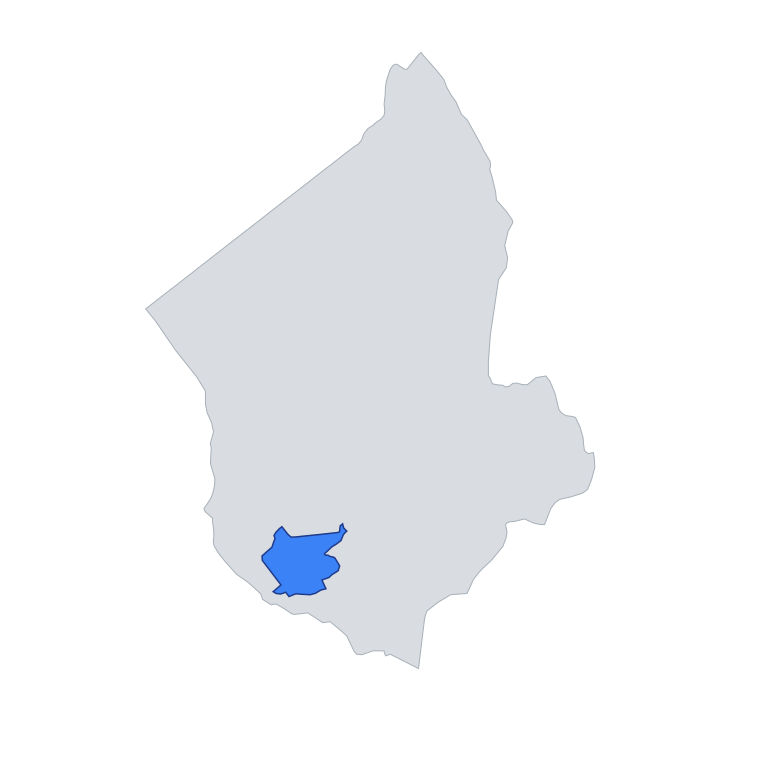 Napak on a map of Uganda (Albers equal-area conic projection), rotated 142°
{"feature_id": "UGA-5615", "entity_name": "Napak", "entity_type": "District", "adm_level": 1, "iso_a3": "UGA", "parent_name": "Uganda", "parent_adm1": "", "projection": "albers", "projection_center": [34.172, 2.394], "detail": "fine", "context": "in_parent", "style": "filled", "palette": "blue", "viewbox_px": 768, "rotation_deg": 142, "n_neighbors": 0, "source": "natural_earth", "source_scale": "10m", "svg_char_len": 2993}
<svg xmlns="http://www.w3.org/2000/svg" viewBox="0 0 768 768"><g transform="rotate(142 384 384)"><path d="M525.6,589.9L516.1,589.9L500.7,589.9L485.3,589.8L469.9,589.8L454.5,589.8L439.1,589.8L423.7,589.8L408.3,589.8L392.9,589.7L377.5,589.7L362.1,589.7L346.7,589.7L331.3,589.6L315.9,589.6L300.5,589.6L285.1,589.5L269.7,589.5L260.6,589.4L258.7,589.2L257.5,588.8L251.7,589.9L245.6,593.7L239.2,595.2L232.4,594.6L231.5,595.0L228.1,594.9L223.1,594.6L218.6,595.6L215.1,598.9L211.6,604.5L205.2,611.0L200.3,616.8L196.1,620.9L186.4,627.6L181.2,629.5L178.5,629.2L177.0,628.0L174.0,619.3L172.1,617.9L153.4,622.3L150.6,622.4L150.8,619.7L149.5,599.4L149.4,586.9L151.9,579.1L153.3,570.2L153.5,562.3L157.0,548.8L155.8,540.7L160.3,512.4L161.5,507.8L163.3,494.1L166.1,489.9L168.5,488.2L171.7,479.9L177.9,466.5L182.2,459.6L181.3,444.4L182.0,434.2L183.0,431.9L192.0,428.1L203.8,418.6L208.8,407.5L215.8,400.4L229.4,395.8L269.7,357.5L288.4,336.9L296.6,326.3L296.9,322.5L298.5,317.5L295.2,313.6L291.3,310.0L290.0,306.8L286.7,305.1L281.9,305.2L278.7,302.8L275.1,298.1L271.5,295.2L260.2,295.4L251.4,290.6L251.5,284.2L255.0,271.4L261.7,256.8L262.1,252.8L261.1,249.3L259.5,246.4L256.5,243.4L253.7,239.9L256.0,229.4L260.2,219.1L263.6,214.0L267.0,208.2L266.1,203.5L261.2,201.1L263.7,196.5L269.0,188.7L279.3,180.9L288.3,175.7L294.3,175.7L306.0,179.9L316.6,184.9L322.4,185.1L329.4,183.1L344.0,174.4L347.5,177.1L351.8,182.5L356.4,191.2L365.6,195.3L370.0,198.1L373.2,198.9L374.9,198.2L378.4,191.3L382.6,187.5L390.4,182.8L407.6,179.0L419.9,177.9L425.1,177.1L433.8,174.9L447.5,167.8L461.1,176.9L475.7,178.7L490.0,178.7L494.3,175.9L496.8,173.8L511.8,158.8L532.0,138.5L545.4,167.1L550.1,168.8L549.4,171.3L548.3,173.7L557.1,180.6L568.0,184.2L571.8,187.7L572.2,191.5L568.5,208.3L569.2,213.1L572.7,229.8L579.2,233.6L584.9,250.5L596.5,257.6L598.2,259.7L600.8,267.9L604.4,276.8L607.2,278.9L608.9,279.5L612.3,289.0L610.3,294.3L613.0,310.5L617.4,325.0L618.5,342.4L618.6,350.0L618.4,354.7L617.5,361.3L615.4,365.1L611.7,368.8L607.6,374.6L604.0,380.9L601.8,384.0L603.5,393.3L603.1,395.8L602.1,397.0L596.9,398.4L590.2,400.9L586.1,403.4L580.3,408.1L575.7,413.3L569.6,428.4L559.3,440.2L557.6,444.0L547.9,451.1L543.7,459.7L541.0,470.3L537.2,477.9L529.1,488.3L527.2,504.8L527.5,537.7L525.3,575.2L525.6,589.9Z" fill="#d9dde1" stroke="#a8b0b8" stroke-width="1"/><path d="M553.6,267.8L555.8,258.4L560.7,260.5L566.9,261.3L571.9,263.4L578.1,268.8L582.7,273.0L586.8,274.2L589.7,275.0L589.7,280.4L594.7,282.1L598.0,285.4L599.2,288.6L588.9,289.1L588.5,319.9L586.0,323.6L572.8,324.4L567.8,327.7L564.9,329.4L564.0,332.3L560.7,333.6L555.7,334.4L552.3,334.4L552.3,325.1L551.6,320.8L548.3,318.2L525.9,304.1L512.3,295.7L510.2,294.8L505.8,299.2L502.7,299.3L504.4,295.3L503.9,291.0L506.6,290.8L509.1,290.1L514.3,287.1L520.0,287.2L525.5,287.8L531.9,287.1L534.6,287.0L535.8,286.3L535.5,285.3L533.6,283.7L532.6,281.2L530.6,279.0L529.8,277.1L530.9,268.0L535.0,265.1L542.7,265.8L546.5,265.4L553.6,267.8Z" fill="#3b82f6" stroke="#1e3a8a" stroke-width="1.5"/></g></svg>